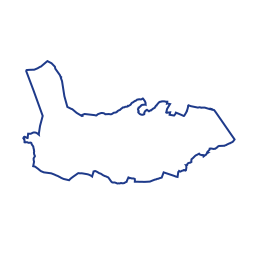 Ixtapaluca, México, Mexico, rotated 186°
{"feature_id": "50627088B19998510456179", "entity_name": "Ixtapaluca", "entity_type": "district", "adm_level": 2, "iso_a3": "MEX", "parent_name": "Mexico", "parent_adm1": "México", "projection": "orthographic", "projection_center": [-98.802, 19.329], "detail": "fine", "context": "isolated", "style": "outline", "palette": "blue", "viewbox_px": 256, "rotation_deg": 186, "n_neighbors": 0, "source": "geoboundaries", "source_scale": "gbopen_adm2", "svg_char_len": 5688}
<svg xmlns="http://www.w3.org/2000/svg" viewBox="0 0 256 256"><g transform="rotate(186 128 128)"><path d="M201.2,173.4L206.5,179.4L207.1,181.3L210.8,184.4L215.2,186.1L221.0,180.0L221.9,179.6L224.2,177.9L227.3,176.2L232.4,175.5L234.9,175.0L235.2,174.0L225.9,155.5L214.1,131.1L215.7,120.9L216.1,112.5L216.0,112.1L218.3,113.5L219.1,113.7L219.7,113.8L220.5,113.8L221.3,113.7L222.1,113.4L223.8,112.3L224.6,112.0L225.2,112.0L226.7,111.9L226.8,108.9L226.7,108.1L226.8,107.5L227.2,107.5L228.3,108.0L228.8,108.1L229.2,108.3L229.9,108.5L230.2,108.4L230.4,108.3L230.9,107.3L230.9,107.2L231.0,107.0L230.7,106.8L230.5,106.7L230.2,106.5L230.3,105.9L229.7,105.3L229.4,103.0L228.8,102.9L228.3,103.2L227.6,103.2L227.3,103.3L226.6,103.3L225.6,102.9L225.1,102.9L223.8,103.2L223.3,103.3L223.0,103.2L222.6,103.0L222.5,102.7L222.1,101.9L221.8,101.4L220.8,100.3L220.3,99.7L219.8,97.9L219.3,96.8L219.3,96.2L219.1,95.7L218.9,95.1L218.9,94.5L219.0,93.9L218.9,93.5L218.7,92.4L218.5,91.9L217.6,90.3L218.7,87.9L218.6,87.4L218.5,86.4L217.9,84.6L218.3,80.1L216.5,79.9L216.1,79.7L215.4,79.3L213.0,77.9L211.7,77.0L210.1,76.0L207.1,75.1L199.6,74.9L196.3,74.0L194.6,73.4L193.1,73.0L191.9,72.6L191.4,72.3L190.7,72.1L189.2,71.4L186.7,70.6L181.1,69.9L180.0,71.4L179.0,72.4L177.7,73.6L176.8,74.4L174.6,76.3L173.5,77.3L172.7,77.9L171.0,77.9L169.6,78.1L168.4,78.1L163.8,77.8L162.4,77.6L160.8,77.1L159.4,76.5L158.6,76.0L158.3,77.9L158.0,79.1L157.7,81.2L157.1,81.3L156.9,81.4L156.5,81.7L156.3,81.8L155.1,81.5L153.8,81.0L152.6,80.4L152.1,80.1L150.6,79.8L150.0,79.6L147.8,78.4L147.1,78.2L146.2,77.8L145.4,77.7L144.3,77.4L143.6,77.1L142.7,76.9L142.2,76.5L139.0,72.9L138.1,72.3L137.5,72.2L137.1,72.2L136.0,72.4L135.4,72.4L134.0,72.1L133.2,71.8L132.6,71.7L131.5,72.0L130.5,72.0L130.2,72.1L129.2,72.6L128.1,72.4L127.4,72.5L126.8,72.6L125.9,72.9L125.2,73.5L124.1,74.2L123.8,74.3L123.5,75.6L122.4,78.9L122.0,78.8L121.1,78.3L120.8,78.5L119.8,78.4L118.8,78.2L117.6,78.4L116.4,78.2L116.0,78.1L115.7,77.0L115.6,75.3L105.5,76.2L100.6,77.0L97.8,78.5L95.6,79.6L94.7,79.8L93.8,80.4L92.3,80.8L91.6,81.3L89.3,82.2L87.9,87.6L76.6,85.1L75.8,84.8L74.7,84.6L73.6,84.5L73.4,89.5L73.0,89.9L72.7,90.6L71.8,90.1L71.4,90.1L69.8,91.1L68.9,91.5L67.9,91.7L67.9,92.0L67.0,92.1L66.4,91.7L66.0,92.0L65.8,94.8L66.2,96.9L66.4,97.1L65.6,97.2L65.3,97.4L65.3,97.9L65.2,98.3L64.6,99.2L63.5,99.8L62.3,100.1L61.4,100.9L61.6,101.7L61.6,102.4L61.6,103.5L59.9,105.3L59.5,105.9L59.1,106.3L58.4,107.2L57.8,107.8L56.3,108.7L54.6,109.9L53.9,109.2L53.2,109.0L51.7,108.7L51.4,108.9L50.3,108.9L49.9,107.6L49.0,108.4L48.7,108.8L48.6,109.0L47.8,109.5L47.5,109.7L47.1,110.8L46.1,111.6L46.8,111.6L46.7,112.2L44.6,115.0L44.6,116.0L44.1,116.1L43.5,116.3L40.5,116.1L39.7,116.4L39.0,116.5L38.1,117.4L37.7,117.6L37.4,118.1L36.8,118.7L36.6,119.0L36.2,119.3L35.8,119.5L35.5,119.7L33.0,120.0L31.2,120.3L30.7,120.4L30.3,120.4L30.1,120.6L29.7,120.8L28.4,121.4L28.0,121.8L25.4,123.4L25.1,123.4L24.8,123.6L24.6,123.8L23.3,124.6L22.5,125.1L22.3,125.3L22.2,125.3L22.2,125.2L21.7,126.3L20.8,127.7L20.9,127.9L23.6,131.0L41.9,152.3L43.8,154.4L44.4,154.9L44.7,155.0L46.1,154.9L46.4,155.4L46.7,155.7L47.7,155.5L47.9,155.6L47.9,155.3L48.5,155.3L53.8,156.3L56.0,156.1L57.3,155.8L57.7,155.9L57.7,156.0L58.9,156.1L59.1,156.1L60.6,155.6L67.9,156.3L70.2,156.9L70.5,156.5L70.5,155.1L70.9,152.6L71.5,150.4L71.4,150.4L71.9,149.2L73.4,146.0L73.8,145.8L76.6,146.7L79.5,147.6L82.0,148.3L82.4,146.8L83.5,145.2L88.0,145.5L87.7,148.0L90.5,147.3L90.5,147.6L91.6,147.6L91.4,148.8L91.3,149.8L91.1,151.1L88.7,156.2L91.3,156.5L91.6,156.5L91.8,156.4L91.7,158.3L91.9,158.3L92.1,158.3L92.7,158.0L92.9,158.0L93.1,158.0L93.6,158.2L94.4,158.3L96.0,158.2L96.4,158.1L96.7,158.1L96.9,158.0L97.6,157.9L97.9,157.6L98.2,157.6L98.6,157.4L99.2,157.3L99.6,156.9L99.9,156.7L100.0,156.6L100.2,156.2L100.5,155.9L100.8,155.4L101.7,154.1L101.8,153.8L102.0,153.6L102.0,153.4L102.3,153.3L102.7,152.8L102.9,152.3L102.9,152.1L103.1,151.9L103.3,151.6L103.6,150.8L103.9,150.7L104.2,150.5L104.6,150.1L105.2,149.8L105.8,149.1L106.4,148.6L106.5,148.4L106.8,148.3L106.9,148.0L107.2,148.0L107.8,147.6L108.1,147.5L108.5,147.1L108.9,146.8L110.9,148.0L111.4,147.6L111.6,147.7L111.8,147.3L112.7,146.6L112.8,146.3L113.4,145.0L113.4,144.9L113.3,144.2L113.3,143.9L113.2,143.7L113.3,143.4L113.6,143.2L114.3,143.0L114.4,142.8L114.8,142.7L115.4,142.6L116.4,142.7L117.6,143.1L118.4,143.7L119.3,144.5L119.5,144.8L119.5,145.1L119.4,145.4L119.2,145.7L119.1,145.9L119.3,146.1L119.6,146.5L120.1,147.8L119.8,148.2L119.5,148.7L119.6,148.8L119.6,149.1L119.4,149.1L119.0,149.9L118.1,150.5L117.9,150.9L117.6,151.5L117.1,151.7L117.0,152.0L116.9,152.1L116.7,152.3L115.9,152.6L115.2,152.7L113.2,153.1L112.9,153.0L113.2,154.9L113.7,155.9L114.0,156.4L114.7,157.2L115.6,158.2L116.1,158.8L116.3,158.9L117.4,158.1L118.0,157.8L118.8,157.7L119.5,157.7L119.8,157.8L120.2,157.7L120.9,157.4L121.0,157.3L121.6,157.3L122.0,157.1L122.9,156.1L123.5,155.7L123.8,155.7L124.1,155.5L125.9,153.9L126.5,153.6L127.1,153.0L127.3,152.6L127.5,152.1L127.7,151.7L128.1,151.2L128.4,151.0L128.7,150.8L129.1,150.5L130.3,149.7L130.5,149.8L130.7,149.3L131.8,149.0L133.0,148.8L133.8,148.2L134.1,148.1L134.7,148.0L135.3,147.9L135.9,147.2L137.1,146.1L138.0,145.0L139.0,144.6L140.2,143.7L140.4,143.1L141.1,142.7L141.6,142.2L143.6,141.7L143.9,141.6L145.1,140.5L146.2,139.9L147.0,139.8L148.6,139.9L149.3,139.7L150.3,139.6L152.0,139.3L152.8,139.8L153.5,140.1L154.2,140.2L155.2,140.2L156.2,140.1L156.9,139.8L158.4,139.1L159.5,138.5L160.1,137.9L160.5,137.4L160.7,137.2L161.1,137.1L162.4,137.3L172.6,137.4L175.1,136.1L174.6,135.3L175.1,135.1L180.7,137.7L185.4,140.9L186.1,141.0L190.5,142.6L194.6,153.0L198.5,167.7L200.1,171.0L199.8,171.6L200.6,172.2L201.2,173.4Z" fill="none" stroke="#1e3a8a" stroke-width="2"/></g></svg>